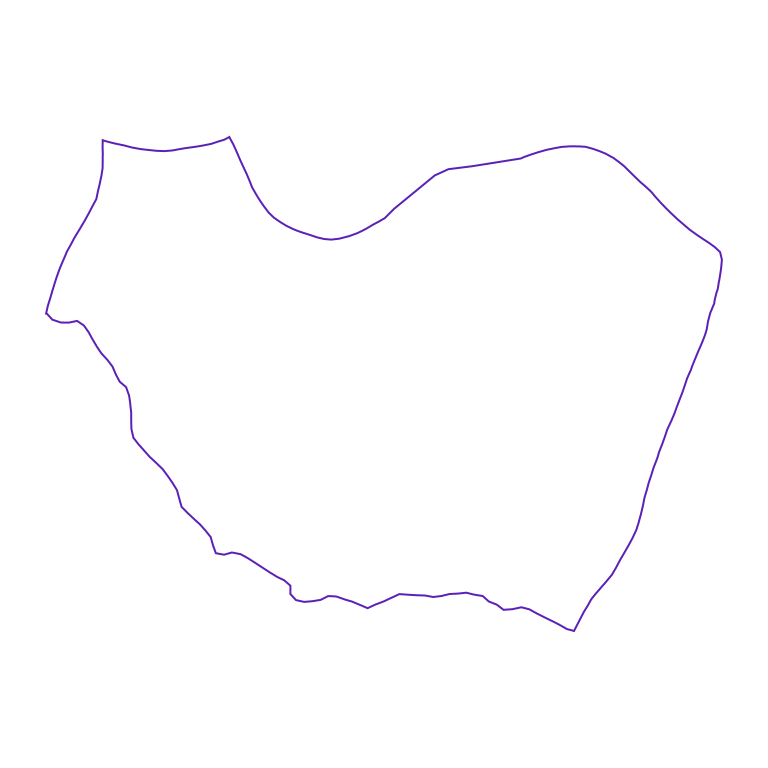 Hajar, Hadramawt, Yemen (Mercator projection)
{"feature_id": "15242507B42870689355247", "entity_name": "Hajar", "entity_type": "district", "adm_level": 2, "iso_a3": "YEM", "parent_name": "Yemen", "parent_adm1": "Hadramawt", "projection": "mercator", "projection_center": [48.314, 14.515], "detail": "fine", "context": "isolated", "style": "outline", "palette": "violet", "viewbox_px": 768, "rotation_deg": 0, "n_neighbors": 0, "source": "geoboundaries", "source_scale": "gbopen_adm2", "svg_char_len": 4516}
<svg xmlns="http://www.w3.org/2000/svg" viewBox="0 0 768 768"><path d="M229.3,137.0L227.2,138.2L224.3,139.7L217.4,141.8L215.6,142.4L211.1,143.9L204.0,145.3L203.7,145.4L196.0,146.7L188.0,147.8L186.3,148.0L179.7,149.1L172.1,150.5L165.8,151.0L164.8,151.1L164.0,151.1L156.5,150.8L147.8,149.9L140.8,149.1L132.0,147.5L124.0,145.4L121.5,144.9L114.4,143.4L108.8,142.0L105.1,141.0L102.7,140.2L102.6,147.4L102.8,154.2L102.7,157.2L102.7,161.1L102.6,168.1L101.5,175.5L100.9,178.2L99.7,184.0L97.8,191.8L97.7,192.5L96.3,199.1L93.0,205.2L89.3,212.3L85.5,219.3L81.8,225.6L79.6,229.3L78.3,231.4L74.3,238.0L71.1,244.1L66.8,251.8L65.6,254.8L63.1,260.6L60.6,266.5L59.8,268.4L56.8,276.7L54.7,283.2L52.9,289.2L52.4,290.5L51.9,292.6L50.1,298.6L47.9,305.6L46.1,313.5L46.7,313.5L52.4,319.7L54.3,320.3L60.7,322.5L65.3,322.6L68.9,322.6L72.8,321.8L77.1,320.9L79.9,322.8L83.9,325.5L88.7,332.3L91.9,338.2L92.7,339.6L96.9,346.7L100.1,351.5L101.7,353.7L107.4,359.9L112.5,366.6L115.3,373.1L115.9,374.5L118.0,378.5L119.8,381.8L121.7,383.4L126.1,387.1L127.0,389.7L129.1,395.6L130.2,403.2L130.3,404.4L130.4,405.6L131.2,412.6L131.2,421.0L131.4,428.6L131.5,429.4L132.4,433.3L133.4,437.8L135.4,440.3L138.5,444.3L142.4,448.6L144.1,450.6L146.2,452.9L149.8,457.0L152.7,459.6L156.3,463.0L162.6,469.1L165.6,473.1L167.6,475.8L172.5,482.9L177.0,490.2L179.2,498.4L181.6,506.9L184.5,509.8L187.4,512.8L190.2,515.4L193.6,518.6L194.5,519.4L195.2,520.1L199.9,524.3L203.8,528.7L205.5,530.6L210.7,537.1L213.0,545.3L215.6,552.5L215.9,553.2L224.0,554.7L225.5,554.3L231.9,552.5L239.8,554.0L240.4,554.1L242.5,555.2L247.9,558.2L255.4,563.0L258.6,565.1L262.3,567.5L266.6,570.3L269.6,572.3L274.6,575.3L276.8,576.7L278.8,577.7L284.2,580.3L287.8,583.4L290.4,585.7L290.4,594.0L290.8,594.5L296.0,600.1L304.1,601.9L312.5,601.2L318.6,600.2L320.6,599.9L328.1,596.1L331.6,596.2L336.2,596.5L342.4,598.6L344.3,599.3L345.9,599.8L352.1,601.6L357.8,604.0L360.0,604.9L361.9,605.7L367.6,608.2L375.3,604.6L383.3,601.6L391.6,597.7L399.4,594.1L407.8,594.7L416.0,595.2L425.0,595.5L433.2,597.0L441.5,596.0L443.8,595.4L449.7,594.0L457.8,593.6L462.5,593.1L466.3,592.7L472.7,594.3L474.6,594.7L475.6,594.9L482.7,596.0L488.8,601.5L496.9,604.7L503.5,609.8L512.4,609.2L520.3,607.5L521.2,607.3L523.5,607.8L529.3,609.3L530.4,609.9L536.5,613.3L544.6,617.4L552.2,621.1L552.7,621.3L559.8,625.0L567.0,629.1L571.7,630.3L574.0,631.0L583.8,612.0L588.0,605.2L591.3,599.2L594.5,595.2L596.2,593.1L598.0,591.1L601.6,586.9L605.8,582.1L606.8,580.9L612.0,574.6L615.2,569.1L615.8,568.1L620.3,559.6L624.3,552.8L628.5,545.5L631.0,540.9L632.8,537.5L633.7,535.5L636.5,529.5L637.8,525.2L638.4,523.5L639.1,520.8L640.7,515.0L641.2,513.0L643.0,505.5L644.0,500.0L644.4,498.2L645.8,493.2L646.7,490.4L648.7,482.8L651.3,475.1L652.6,470.8L653.8,467.1L656.3,460.7L657.1,458.5L657.3,458.2L659.2,451.7L661.2,446.6L662.0,444.7L664.8,436.9L667.3,429.4L670.6,422.4L671.6,420.2L674.4,413.6L676.9,406.6L677.4,405.4L679.7,399.3L682.3,392.7L684.6,385.9L687.1,378.4L689.7,372.5L690.7,370.4L692.1,366.4L694.0,361.6L697.8,352.4L698.8,350.1L701.8,343.2L703.8,338.2L705.0,335.0L706.7,329.4L707.2,326.3L708.0,321.5L710.3,312.8L711.9,309.1L712.0,308.7L714.2,303.5L714.5,301.4L714.6,300.3L715.7,295.9L716.6,292.3L716.8,291.7L717.7,289.2L718.2,286.3L718.6,283.6L718.8,282.2L718.9,281.8L719.2,280.5L719.9,276.3L720.8,270.5L721.0,269.0L721.4,265.3L721.9,259.7L720.8,255.0L720.2,252.6L720.1,252.1L716.4,248.6L714.8,247.1L708.6,242.6L707.5,241.9L702.4,238.6L697.1,235.0L695.7,234.0L695.6,233.9L695.4,233.8L689.6,229.6L683.4,224.3L677.9,219.6L671.5,213.6L667.7,209.9L666.2,208.4L660.7,202.7L656.2,197.7L655.1,196.5L651.7,192.3L645.9,186.8L643.8,185.0L640.4,182.1L634.7,176.6L629.2,171.2L624.4,166.4L618.9,162.0L613.4,157.9L611.8,157.1L605.7,153.7L599.4,151.1L597.7,150.5L592.9,148.8L592.4,148.7L585.6,146.8L578.6,146.4L578.3,146.4L570.5,146.3L561.8,146.9L558.4,147.5L554.5,148.2L551.7,148.8L546.7,149.8L537.6,152.4L536.1,152.9L530.5,154.7L523.9,157.1L520.8,158.5L471.6,166.3L448.4,169.2L434.8,175.4L394.0,208.9L384.6,218.3L382.9,219.2L378.6,221.7L372.4,225.0L371.0,225.9L366.1,228.8L361.6,231.1L357.0,233.3L352.8,234.8L348.9,236.2L339.2,238.7L331.2,239.6L324.1,239.0L317.3,237.4L308.6,234.5L300.7,232.0L296.6,230.5L293.4,229.2L290.3,227.7L286.2,225.7L279.7,221.7L273.7,217.5L268.6,212.5L266.2,209.3L263.4,205.6L261.3,202.5L259.4,199.7L255.6,193.5L252.0,187.1L250.8,184.0L249.4,180.4L249.0,179.5L246.6,173.8L244.4,169.2L243.6,167.4L240.3,160.3L236.7,151.9L234.8,147.7L233.2,144.2L229.7,137.8L229.3,137.0Z" fill="none" stroke="#5b21b6" stroke-width="2"/></svg>